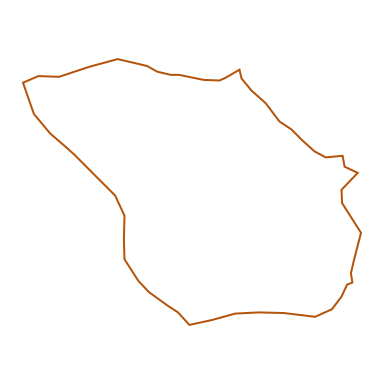 Aplanta, Larnaca, Cyprus (Mercator projection)
{"feature_id": "46923920B85931406111700", "entity_name": "Aplanta", "entity_type": "district", "adm_level": 2, "iso_a3": "CYP", "parent_name": "Cyprus", "parent_adm1": "Larnaca", "projection": "mercator", "projection_center": [33.482, 34.828], "detail": "fine", "context": "isolated", "style": "outline", "palette": "amber", "viewbox_px": 384, "rotation_deg": 0, "n_neighbors": 0, "source": "geoboundaries", "source_scale": "gbopen_adm2", "svg_char_len": 763}
<svg xmlns="http://www.w3.org/2000/svg" viewBox="0 0 384 384"><path d="M357.7,172.9L344.6,166.7L342.6,155.8L325.7,157.4L314.4,151.3L301.9,140.0L291.5,129.5L279.4,121.4L265.7,103.2L251.6,90.7L241.6,78.6L239.5,69.7L225.1,78.0L219.5,80.5L203.7,79.9L179.2,74.9L171.0,74.9L157.2,71.7L147.1,66.0L117.6,59.1L89.9,66.6L59.1,76.8L38.4,76.1L23.0,82.7L33.9,114.0L50.3,133.6L67.9,148.8L74.8,155.1L98.1,178.5L115.1,195.5L124.5,215.7L123.9,239.7L124.5,259.3L138.3,280.8L149.0,292.2L167.3,305.4L178.0,312.4L189.4,324.9L211.9,320.0L235.2,313.6L258.5,312.4L283.0,313.0L283.6,313.0L315.1,316.8L332.0,309.2L341.5,296.6L347.1,284.6L352.4,282.6L350.9,273.2L354.0,260.0L361.0,232.8L342.1,203.1L341.5,189.8L357.2,173.4L357.7,172.9Z" fill="none" stroke="#b45309" stroke-width="2"/></svg>